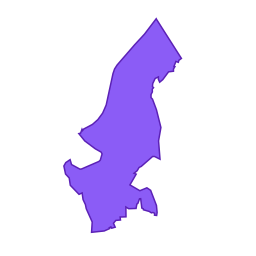 outline of Rathfarnham-Templeogue Lea-7, South Dublin, Ireland, rotated 69°
{"feature_id": "5873133B53236888047541", "entity_name": "Rathfarnham-Templeogue Lea-7", "entity_type": "district", "adm_level": 2, "iso_a3": "IRL", "parent_name": "Ireland", "parent_adm1": "South Dublin", "projection": "mercator", "projection_center": [-6.311, 53.305], "detail": "fine", "context": "isolated", "style": "filled", "palette": "violet", "viewbox_px": 256, "rotation_deg": 69, "n_neighbors": 0, "source": "geoboundaries", "source_scale": "gbopen_adm2", "svg_char_len": 1377}
<svg xmlns="http://www.w3.org/2000/svg" viewBox="0 0 256 256"><g transform="rotate(69 128 128)"><path d="M115.6,175.9L124.6,173.0L135.7,166.0L140.9,161.7L142.9,161.5L148.1,165.4L148.8,167.2L149.6,186.0L149.2,187.6L141.9,193.8L136.8,193.4L138.0,198.5L140.5,201.5L148.6,202.8L153.6,200.8L160.8,202.4L172.4,197.5L172.2,194.1L178.7,195.6L184.2,195.2L188.4,195.9L202.9,195.1L212.3,199.4L215.6,187.1L215.3,181.1L214.4,181.2L214.2,179.4L215.7,179.1L216.0,175.5L211.7,175.7L209.9,172.5L211.2,168.0L208.3,167.3L210.2,161.7L201.0,158.3L203.6,156.3L206.0,149.3L202.2,147.0L201.9,145.8L198.2,142.6L198.5,141.5L207.7,143.8L208.9,142.7L209.9,142.9L213.5,138.1L215.6,136.6L215.8,135.0L217.2,133.7L218.9,134.5L219.9,132.6L217.3,131.1L210.5,129.2L194.3,129.2L190.6,131.8L190.8,139.4L181.8,146.6L174.0,136.9L172.4,138.6L171.2,134.8L168.8,131.8L168.6,129.4L163.4,115.2L164.2,113.3L168.6,109.3L151.0,104.1L139.3,97.1L121.2,94.9L109.8,94.8L107.9,95.6L105.0,94.5L103.0,92.3L100.4,91.4L99.5,89.7L98.1,90.3L95.4,89.0L91.5,84.9L91.2,81.3L93.4,82.2L96.6,82.0L95.3,78.2L90.1,70.0L91.3,65.2L89.2,64.4L87.6,62.3L87.1,63.1L83.0,59.4L84.7,57.5L83.0,56.2L82.2,53.2L37.0,62.4L36.1,62.5L46.3,79.0L52.6,91.8L65.3,115.6L68.1,119.4L71.8,122.5L98.7,140.1L105.0,146.3L109.4,153.2L111.9,159.9L113.1,169.8L114.1,171.3L112.7,171.4L115.8,174.1L115.6,175.9Z" fill="#8b5cf6" stroke="#5b21b6" stroke-width="1.5"/></g></svg>